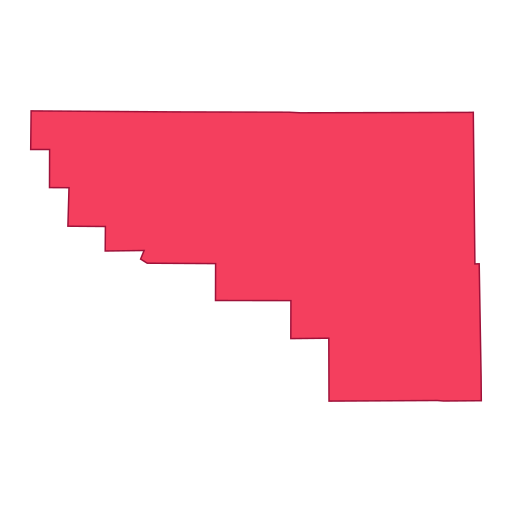 outline of Washakie, Wyoming, United States of America
{"feature_id": "52423323B98005651904481", "entity_name": "Washakie", "entity_type": "district", "adm_level": 2, "iso_a3": "USA", "parent_name": "United States of America", "parent_adm1": "Wyoming", "projection": "orthographic", "projection_center": [-107.8, 43.834], "detail": "fine", "context": "isolated", "style": "filled", "palette": "rose", "viewbox_px": 512, "rotation_deg": 0, "n_neighbors": 0, "source": "geoboundaries", "source_scale": "gbopen_adm2", "svg_char_len": 486}
<svg xmlns="http://www.w3.org/2000/svg" viewBox="0 0 512 512"><path d="M481.3,400.7L481.1,376.8L479.2,263.8L474.9,263.9L473.3,112.3L467.7,112.4L300.3,112.8L288.8,112.2L174.1,111.9L31.1,110.9L30.7,149.5L49.6,149.5L49.5,187.6L69.0,187.7L67.9,226.2L105.4,226.5L105.2,251.0L144.1,250.5L140.6,259.1L147.2,263.2L215.6,263.6L215.5,300.5L290.9,300.6L290.8,338.6L328.8,338.2L329.0,401.1L347.9,401.0L437.3,400.5L443.6,401.0L481.3,400.7Z" fill="#f43f5e" stroke="#9f1239" stroke-width="1.5"/></svg>